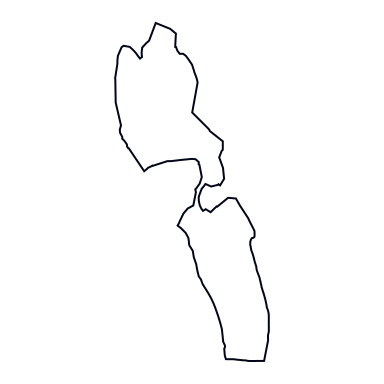 Raydah, Amran, Yemen
{"feature_id": "15242507B40923002776942", "entity_name": "Raydah", "entity_type": "district", "adm_level": 2, "iso_a3": "YEM", "parent_name": "Yemen", "parent_adm1": "Amran", "projection": "equal_earth", "projection_center": [44.059, 15.769], "detail": "fine", "context": "isolated", "style": "outline", "palette": "ink", "viewbox_px": 384, "rotation_deg": 0, "n_neighbors": 0, "source": "geoboundaries", "source_scale": "gbopen_adm2", "svg_char_len": 3617}
<svg xmlns="http://www.w3.org/2000/svg" viewBox="0 0 384 384"><path d="M264.1,360.9L268.1,340.3L268.1,339.4L268.0,338.1L268.0,336.8L268.0,335.7L268.1,334.8L268.3,333.8L268.6,332.8L268.8,331.7L268.8,330.5L268.8,329.5L268.8,328.7L268.9,327.7L268.8,326.8L268.8,325.6L268.8,324.6L268.8,323.7L268.8,322.7L268.8,322.2L268.8,321.5L268.8,320.0L268.8,319.0L268.8,318.0L268.8,316.8L268.8,315.9L268.7,314.9L268.7,313.9L268.5,312.8L268.3,311.7L268.1,310.8L267.7,309.8L267.3,308.6L266.9,307.7L266.7,306.8L266.6,305.8L266.5,304.9L266.2,303.6L265.9,302.2L265.6,301.0L265.5,300.1L265.1,298.8L264.9,297.9L264.6,297.0L264.4,296.1L264.0,294.9L263.7,293.8L263.5,292.9L263.1,292.1L262.9,291.2L262.5,290.1L262.2,289.0L262.2,288.9L261.9,288.1L261.6,287.3L261.5,286.4L261.3,285.2L261.0,284.2L260.8,283.2L260.5,281.9L260.3,280.9L259.9,279.5L259.7,278.4L259.4,277.3L259.1,276.4L258.7,275.4L258.4,274.6L258.0,273.6L257.6,272.6L257.3,271.6L256.9,270.6L256.7,269.7L256.5,268.8L256.4,267.7L256.2,266.3L255.9,265.4L255.6,264.5L255.3,263.5L255.0,262.6L254.8,261.8L254.5,260.9L254.2,259.5L253.9,258.5L253.7,257.4L253.4,256.5L253.3,256.0L253.2,255.8L253.1,255.3L252.9,254.6L252.8,254.3L252.5,253.4L252.2,252.6L251.8,251.6L251.4,250.6L251.2,249.7L251.0,248.6L250.8,247.6L250.7,247.0L250.6,246.5L250.4,245.4L250.2,244.7L250.3,241.6L250.9,239.8L251.4,238.8L251.9,238.1L252.6,237.9L253.4,237.8L254.0,237.4L254.4,236.8L254.6,235.3L254.5,231.1L253.9,229.7L253.6,229.1L249.6,221.3L248.3,218.4L239.9,205.5L235.9,198.5L228.1,197.8L217.2,206.7L216.6,206.4L210.6,212.2L205.7,209.2L203.0,210.9L201.7,209.1L200.8,207.6L199.7,205.1L199.1,202.4L198.8,200.6L198.7,197.1L200.0,193.2L201.7,188.8L204.1,185.9L205.4,184.0L207.6,184.9L211.1,186.5L218.2,184.8L218.5,184.3L220.1,185.4L224.1,178.8L223.7,174.8L223.0,167.9L219.2,157.4L221.6,151.1L222.8,149.7L222.8,141.3L210.0,131.2L208.8,129.1L192.2,112.5L192.8,109.2L197.6,82.6L197.5,81.8L196.5,77.8L194.4,72.3L193.8,70.1L193.3,68.6L192.1,64.8L188.4,59.3L187.7,58.3L185.9,55.9L183.2,53.8L179.7,53.8L177.4,50.7L176.0,47.0L175.2,46.9L175.9,33.6L170.1,28.8L155.7,23.0L149.1,40.7L146.4,43.0L142.2,47.6L141.6,53.1L142.0,57.0L140.9,57.8L140.1,58.4L140.0,58.5L139.8,58.3L138.5,56.7L135.7,52.8L133.2,50.1L129.8,46.9L123.6,45.8L121.6,47.2L117.9,55.8L117.4,60.5L117.4,63.8L115.1,78.5L115.3,79.1L115.7,102.6L121.0,125.4L119.8,129.6L120.0,132.6L122.3,137.0L122.2,138.7L124.3,140.7L126.9,144.4L127.1,146.6L128.2,148.2L128.7,148.2L144.2,171.2L145.7,170.0L148.1,167.8L151.7,166.1L152.1,165.8L152.2,166.0L167.2,161.2L167.7,161.1L171.2,161.1L181.4,159.9L191.7,158.9L194.9,159.1L195.8,159.4L198.8,162.2L198.7,164.3L199.4,164.8L201.3,174.5L201.8,177.1L199.7,183.6L196.0,188.7L195.3,189.3L195.9,192.3L193.3,205.5L187.7,208.5L183.4,213.6L179.4,222.0L179.2,222.8L177.6,225.6L178.0,225.9L178.8,226.5L180.9,228.1L185.6,232.8L188.4,238.0L188.9,241.6L189.1,244.5L189.3,245.2L189.5,245.6L192.8,250.9L193.8,257.2L196.2,264.2L197.3,270.4L198.8,276.5L200.8,279.2L202.7,284.2L206.1,289.7L208.0,292.7L211.1,298.2L213.7,303.8L215.3,307.9L217.3,313.6L218.4,316.9L220.3,323.1L221.9,329.3L222.1,331.2L222.6,335.8L223.2,341.8L225.0,345.6L225.1,346.6L224.5,348.2L224.2,348.8L224.3,349.4L224.8,355.5L225.9,359.1L226.7,359.1L227.6,359.2L228.3,359.2L229.3,359.2L230.1,359.2L230.9,359.2L231.8,359.2L232.5,359.2L233.2,359.2L234.0,359.3L234.8,359.3L235.6,359.5L236.3,359.5L237.2,359.7L237.9,359.8L238.6,359.8L239.3,359.9L240.4,360.0L241.3,360.1L242.1,360.1L242.8,360.3L243.8,360.3L244.5,360.3L245.3,360.4L246.0,360.4L246.7,360.7L247.5,360.8L248.3,360.9L249.3,361.0L250.0,361.0L250.9,361.0L251.8,361.0L264.1,360.9Z" fill="none" stroke="#020617" stroke-width="2"/></svg>